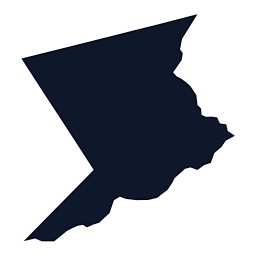 outline of Xexéu, Pernambuco, Brazil
{"feature_id": "56859067B38372235502315", "entity_name": "Xexéu", "entity_type": "district", "adm_level": 2, "iso_a3": "BRA", "parent_name": "Brazil", "parent_adm1": "Pernambuco", "projection": "robinson", "projection_center": [-35.636, -8.841], "detail": "fine", "context": "isolated", "style": "filled", "palette": "ink", "viewbox_px": 256, "rotation_deg": 0, "n_neighbors": 0, "source": "geoboundaries", "source_scale": "gbopen_adm2", "svg_char_len": 829}
<svg xmlns="http://www.w3.org/2000/svg" viewBox="0 0 256 256"><path d="M195.8,15.4L172.8,21.3L165.7,23.2L135.7,30.7L83.3,43.9L22.6,59.0L47.2,97.0L65.1,124.3L94.7,170.0L88.5,176.3L26.0,239.8L35.2,237.7L42.1,240.6L53.9,240.6L66.2,230.5L71.9,227.5L77.6,225.0L83.1,224.0L87.0,226.5L92.5,224.0L98.7,222.1L108.9,212.6L113.3,199.7L119.8,195.8L126.2,198.2L136.8,199.4L148.1,199.2L156.9,197.1L161.4,193.5L167.1,189.2L171.4,182.7L174.2,177.4L184.7,168.1L190.6,166.6L197.2,169.1L204.3,164.2L210.2,162.3L213.7,152.6L221.1,146.2L225.2,140.1L233.4,135.7L227.0,131.4L225.6,125.0L219.3,124.1L216.6,118.1L211.4,117.4L205.7,117.6L200.8,115.3L200.3,108.8L196.8,105.6L195.6,95.4L190.1,87.0L186.1,83.2L180.9,79.4L176.2,77.0L172.1,72.5L180.9,59.8L182.0,53.5L179.2,49.6L181.3,38.7L195.8,15.4Z" fill="#0f172a" stroke="#020617" stroke-width="1.5"/></svg>